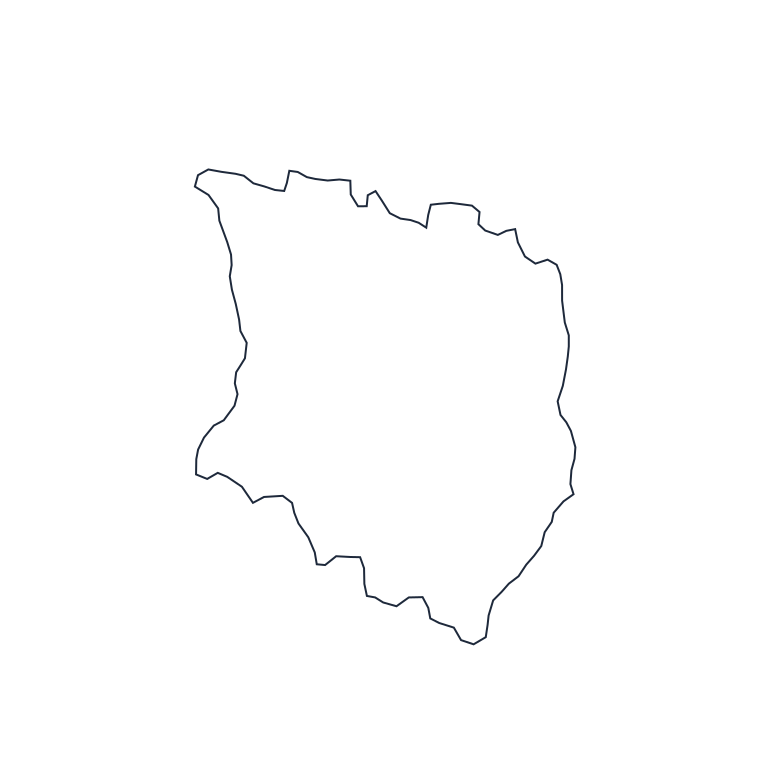 Paraíso, São Paulo, Brazil (Natural Earth projection), rotated 332°
{"feature_id": "56859067B54072387385394", "entity_name": "Paraíso", "entity_type": "district", "adm_level": 2, "iso_a3": "BRA", "parent_name": "Brazil", "parent_adm1": "São Paulo", "projection": "natural_earth1", "projection_center": [-48.767, -21.017], "detail": "fine", "context": "isolated", "style": "outline", "palette": "slate", "viewbox_px": 768, "rotation_deg": 332, "n_neighbors": 0, "source": "geoboundaries", "source_scale": "gbopen_adm2", "svg_char_len": 1786}
<svg xmlns="http://www.w3.org/2000/svg" viewBox="0 0 768 768"><g transform="rotate(332 384 384)"><path d="M309.7,120.9L317.8,134.7L320.0,151.1L315.3,162.5L312.2,185.1L309.7,197.9L305.3,207.5L298.4,216.5L294.0,229.3L290.7,243.7L286.3,259.1L282.1,269.8L282.1,283.2L273.3,296.0L266.1,300.2L259.0,304.2L252.6,313.4L249.9,324.2L241.8,333.0L233.0,337.2L225.5,340.8L214.2,340.8L199.9,346.8L189.1,354.6L183.0,362.2L175.6,375.6L183.3,384.8L195.5,384.4L202.0,392.4L210.3,408.0L212.5,427.4L225.0,427.4L242.1,435.2L247.0,445.8L244.3,455.6L243.0,467.0L245.2,483.8L243.8,500.2L240.0,511.6L247.0,516.2L260.9,513.6L273.0,520.9L281.6,525.7L279.9,537.3L272.8,551.3L269.4,563.1L276.0,568.3L280.7,576.5L290.7,586.1L305.7,584.1L318.0,590.3L318.0,602.5L314.8,612.7L320.5,620.9L331.3,631.9L331.8,646.3L340.9,655.9L355.0,655.3L362.4,645.3L367.7,637.5L378.8,626.3L390.4,622.7L400.5,618.9L412.6,616.9L424.8,610.3L435.9,606.1L446.8,600.9L456.3,590.3L467.4,584.5L473.4,577.3L487.4,571.9L499.6,570.3L501.6,559.9L509.0,548.1L517.1,539.5L523.3,529.7L527.0,513.2L527.0,503.4L525.3,494.2L529.2,480.8L541.0,469.6L551.5,456.6L559.2,446.0L564.8,437.6L570.0,427.8L572.5,414.6L580.4,394.0L587.7,380.2L591.2,369.8L592.4,359.8L586.8,351.0L574.2,348.8L568.3,337.6L568.7,321.8L572.5,308.8L563.9,306.2L554.5,305.8L545.4,296.0L542.4,287.2L549.1,277.0L545.4,267.8L536.6,261.5L528.1,255.5L517.1,250.7L509.5,247.7L502.4,255.5L494.7,265.8L490.3,257.9L484.4,251.7L476.2,245.7L469.3,235.9L468.2,221.1L467.1,209.7L458.3,209.7L452.2,218.9L444.5,214.9L443.6,201.1L449.7,188.7L440.6,182.5L429.8,177.9L419.6,170.7L413.0,165.1L407.4,156.3L400.5,151.3L392.6,160.9L386.5,166.7L378.8,161.5L371.0,153.3L362.9,145.5L358.0,134.3L351.6,128.7L340.0,120.3L329.6,112.1L317.8,112.3L309.7,120.9Z" fill="none" stroke="#1e293b" stroke-width="2"/></g></svg>